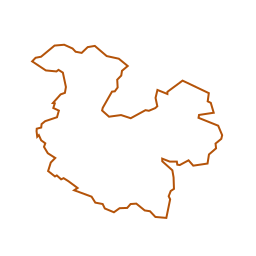 Vasilevo, Vasilevo, North Macedonia (Mercator projection), rotated 78°
{"feature_id": "65306769B98629679609772", "entity_name": "Vasilevo", "entity_type": "district", "adm_level": 2, "iso_a3": "MKD", "parent_name": "North Macedonia", "parent_adm1": "Vasilevo", "projection": "mercator", "projection_center": [22.637, 41.553], "detail": "fine", "context": "isolated", "style": "outline", "palette": "amber", "viewbox_px": 256, "rotation_deg": 78, "n_neighbors": 0, "source": "geoboundaries", "source_scale": "gbopen_adm2", "svg_char_len": 1386}
<svg xmlns="http://www.w3.org/2000/svg" viewBox="0 0 256 256"><g transform="rotate(78 128 128)"><path d="M130.9,41.0L120.6,41.8L118.5,44.5L110.7,41.7L93.0,64.8L100.8,81.9L102.9,82.4L96.9,91.3L104.3,94.8L112.8,94.8L114.2,97.2L115.5,104.0L114.2,107.2L119.0,123.3L113.9,132.1L113.0,144.2L105.5,149.7L103.0,148.5L89.1,136.1L89.4,133.3L86.2,129.7L78.5,128.5L75.3,123.7L70.8,122.0L67.3,115.4L58.3,122.6L53.2,133.9L40.8,143.4L40.5,150.6L44.9,157.7L42.5,163.4L38.7,165.7L33.3,173.1L32.1,182.7L40.2,198.2L40.1,203.8L42.9,207.9L54.6,196.4L57.8,186.2L56.7,183.9L60.3,180.2L75.0,180.2L80.5,182.4L81.1,186.9L88.0,196.3L88.7,194.5L92.9,196.9L96.6,192.0L102.7,195.2L104.1,207.6L106.2,211.7L109.5,212.8L109.7,217.4L112.0,218.1L117.7,218.6L116.4,216.7L122.0,215.5L125.8,212.1L129.0,214.1L136.0,211.7L142.2,205.4L145.7,210.7L153.5,215.1L160.2,209.5L159.6,207.5L164.3,204.1L163.7,201.4L167.6,197.4L176.2,189.8L177.7,193.6L187.6,177.9L194.2,175.5L197.1,168.6L201.9,167.4L207.5,159.3L204.7,152.9L206.0,145.4L202.9,141.3L203.7,135.6L212.1,128.8L214.0,123.8L220.7,119.7L223.9,109.2L206.5,101.6L203.2,102.4L198.5,99.3L197.1,95.7L185.8,93.7L178.6,93.4L167.7,101.4L165.1,100.9L169.5,94.2L171.0,87.2L174.1,87.4L175.0,85.1L172.2,75.5L178.4,72.0L179.3,57.6L170.7,54.3L166.2,46.1L161.4,45.6L158.0,39.0L154.6,37.4L144.5,39.3L132.7,56.9L130.0,55.8L130.9,41.0Z" fill="none" stroke="#b45309" stroke-width="2"/></g></svg>